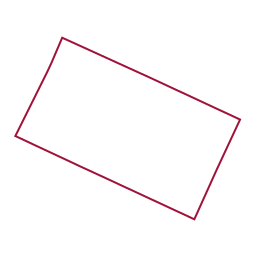 the district of Boone, Illinois, United States of America, rotated 295°
{"feature_id": "52423323B68053361543387", "entity_name": "Boone", "entity_type": "district", "adm_level": 2, "iso_a3": "USA", "parent_name": "United States of America", "parent_adm1": "Illinois", "projection": "robinson", "projection_center": [-88.831, 42.324], "detail": "fine", "context": "isolated", "style": "outline", "palette": "rose", "viewbox_px": 256, "rotation_deg": 295, "n_neighbors": 0, "source": "geoboundaries", "source_scale": "gbopen_adm2", "svg_char_len": 300}
<svg xmlns="http://www.w3.org/2000/svg" viewBox="0 0 256 256"><g transform="rotate(295 128 128)"><path d="M73.3,226.7L128.2,226.0L183.0,226.0L182.9,125.6L182.0,30.2L154.9,31.1L149.7,31.1L144.9,31.1L73.1,29.3L73.0,101.2L73.1,116.1L73.3,226.7Z" fill="none" stroke="#9f1239" stroke-width="2"/></g></svg>